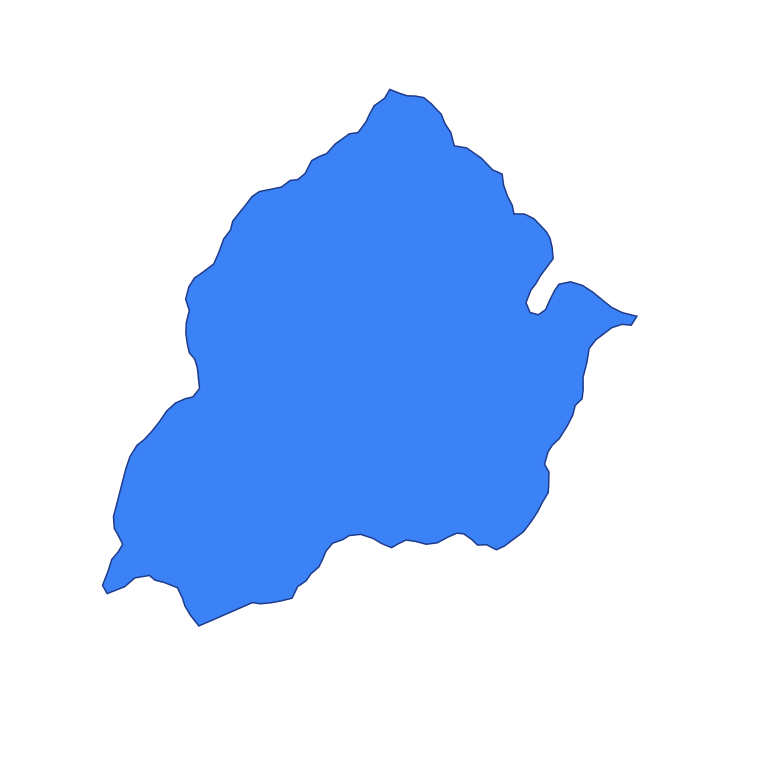 the district of Santa Rosa de Viterbo, São Paulo, Brazil, rotated 17°
{"feature_id": "56859067B40365394318179", "entity_name": "Santa Rosa de Viterbo", "entity_type": "district", "adm_level": 2, "iso_a3": "BRA", "parent_name": "Brazil", "parent_adm1": "São Paulo", "projection": "albers", "projection_center": [-47.361, -21.505], "detail": "fine", "context": "isolated", "style": "filled", "palette": "blue", "viewbox_px": 768, "rotation_deg": 17, "n_neighbors": 0, "source": "geoboundaries", "source_scale": "gbopen_adm2", "svg_char_len": 2148}
<svg xmlns="http://www.w3.org/2000/svg" viewBox="0 0 768 768"><g transform="rotate(17 384 384)"><path d="M322.0,101.6L312.9,101.4L303.4,100.6L301.1,110.4L293.2,120.9L291.3,130.3L290.1,138.8L285.6,151.2L277.7,154.9L267.4,168.4L261.8,180.4L255.3,185.6L249.6,191.4L247.0,205.8L241.6,213.9L234.8,216.7L228.4,225.6L218.6,231.0L208.7,236.3L203.1,243.1L198.9,254.5L195.5,262.8L191.7,272.6L192.2,281.5L188.3,292.0L187.6,306.4L186.1,318.9L178.4,329.6L171.7,338.1L169.0,348.1L169.5,360.8L176.3,370.6L177.0,383.2L179.7,393.5L184.2,403.2L188.8,411.2L195.6,415.4L200.8,423.1L208.9,442.3L204.9,452.3L198.3,456.1L190.2,463.1L184.1,473.3L180.4,485.3L175.9,496.9L171.0,507.1L165.7,514.8L162.3,527.8L161.9,540.4L164.1,590.0L168.3,601.0L174.8,607.2L181.0,613.7L178.9,622.2L174.9,631.6L174.9,642.5L173.7,658.9L180.5,665.4L195.3,653.6L202.5,642.2L215.6,635.7L222.4,638.5L232.0,638.1L246.0,639.2L254.0,647.9L258.4,654.4L266.4,661.7L277.7,669.5L322.1,631.5L330.1,630.3L339.8,626.3L349.2,621.4L358.7,615.7L360.7,603.0L367.1,594.9L369.5,587.1L375.1,578.2L376.5,570.0L377.3,561.1L381.4,551.3L390.1,544.8L395.1,539.1L405.7,534.6L418.9,534.9L428.0,537.2L439.1,538.3L444.4,532.6L450.7,526.8L460.2,525.3L471.2,524.9L481.4,520.3L489.8,511.8L497.4,505.3L504.2,504.0L513.3,507.0L520.5,510.7L529.2,507.7L539.9,509.7L546.6,503.7L554.9,492.3L560.5,484.7L565.1,472.0L568.2,461.4L570.0,451.2L572.8,439.8L570.9,432.0L567.5,420.0L561.0,413.8L560.7,400.8L562.9,393.3L567.5,385.2L571.4,371.0L573.6,358.9L573.1,348.6L577.7,340.2L576.2,331.5L572.4,319.4L571.7,303.9L569.8,290.1L573.6,279.9L579.2,272.1L585.3,263.6L594.1,257.4L603.2,255.5L606.1,245.3L591.1,246.1L578.9,244.1L556.5,235.0L544.9,231.7L532.6,231.7L522.1,237.4L519.7,245.1L517.8,256.6L516.8,265.6L511.5,272.6L502.8,272.9L496.0,264.8L497.0,251.3L499.8,244.0L502.0,234.5L509.1,214.7L505.0,204.5L500.1,196.0L494.8,191.0L488.0,187.1L479.3,182.2L468.7,180.4L458.5,183.3L454.4,175.6L447.1,168.2L440.2,158.8L435.6,148.7L425.1,147.4L411.1,139.6L403.9,137.3L394.0,134.1L381.6,135.7L374.3,123.9L366.3,117.3L359.8,109.2L353.5,105.8L347.3,102.2L338.3,98.5L329.6,99.5L322.0,101.6Z" fill="#3b82f6" stroke="#1e3a8a" stroke-width="1.5"/></g></svg>